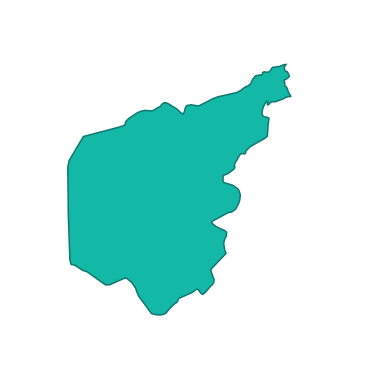 the border of Kerman, rotated 244°
{"feature_id": "IRN-3248", "entity_name": "Kerman", "entity_type": "Province", "adm_level": 1, "iso_a3": "IRN", "parent_name": "Iran", "parent_adm1": "", "projection": "natural_earth1", "projection_center": [57.389, 29.03], "detail": "fine", "context": "isolated", "style": "filled", "palette": "teal", "viewbox_px": 384, "rotation_deg": 244, "n_neighbors": 0, "source": "natural_earth", "source_scale": "10m", "svg_char_len": 2456}
<svg xmlns="http://www.w3.org/2000/svg" viewBox="0 0 384 384"><g transform="rotate(244 192 192)"><path d="M121.9,195.7L114.3,175.3L112.0,174.3L103.3,173.4L101.6,172.2L100.7,171.3L99.8,169.7L99.4,167.9L96.4,161.1L95.3,157.4L95.4,156.5L97.0,155.7L97.4,155.4L101.3,154.9L102.5,153.9L102.5,152.6L102.0,150.8L101.6,148.1L102.2,133.0L100.9,132.2L99.7,130.6L98.8,125.9L96.6,119.7L94.5,115.5L94.5,113.2L95.3,109.8L97.1,106.3L100.5,102.3L121.9,98.4L126.8,98.6L129.9,99.2L137.1,98.2L143.6,95.2L144.2,92.0L144.7,77.3L146.4,73.6L166.6,62.5L169.3,59.5L177.2,54.9L179.0,52.9L179.8,51.6L184.6,52.5L225.4,70.7L268.7,91.2L274.2,95.4L289.5,118.7L281.9,157.0L281.6,160.9L282.5,161.9L284.2,163.1L285.8,167.2L287.1,177.0L287.1,181.1L285.9,185.7L282.7,190.9L282.2,193.9L282.8,197.0L282.8,200.8L284.0,203.3L284.4,205.1L284.3,206.8L283.2,208.1L281.5,209.6L272.6,215.1L268.2,216.7L266.0,218.0L267.4,220.3L270.6,222.9L272.0,225.2L270.8,229.4L266.4,235.6L266.7,251.7L266.2,257.1L261.8,275.7L261.9,280.3L262.8,284.2L263.0,286.0L262.8,289.0L263.6,292.1L266.6,295.8L268.6,300.2L267.6,303.8L266.5,305.8L267.1,306.8L268.4,308.0L268.4,309.6L267.2,311.2L266.2,313.4L266.9,316.1L268.3,317.8L268.6,319.6L268.0,321.4L267.3,322.3L267.4,323.8L266.8,324.6L266.4,325.8L266.4,328.7L266.2,330.4L265.4,332.4L263.8,329.8L263.3,329.3L262.2,329.3L260.7,328.7L259.6,329.0L258.5,330.3L256.8,330.5L254.9,330.5L253.3,330.1L252.6,328.8L252.5,327.4L252.1,326.3L252.0,325.4L252.4,324.6L252.4,324.1L251.7,323.6L249.3,323.2L247.8,322.4L246.5,322.1L245.1,322.8L243.0,323.0L239.9,322.4L234.8,322.8L234.7,321.8L235.5,320.8L235.9,318.2L235.9,316.8L235.7,315.5L236.6,306.4L237.1,305.0L237.8,304.1L238.0,303.3L238.0,302.1L237.0,299.1L237.1,298.2L237.9,298.2L240.3,299.8L240.7,298.9L239.5,296.4L237.3,293.5L234.4,290.9L231.7,289.2L229.2,289.1L227.6,290.3L226.7,291.7L224.9,293.5L223.7,293.1L221.1,291.1L209.2,284.2L208.4,281.6L207.2,264.1L206.0,260.5L205.0,258.2L204.0,257.7L203.1,256.3L203.8,254.9L204.8,253.9L204.6,251.6L202.8,248.7L201.1,246.7L200.2,244.8L198.7,242.7L196.7,241.6L195.5,241.4L194.7,240.7L194.2,239.7L192.8,232.5L193.1,227.7L192.8,227.0L188.8,224.9L186.7,224.8L185.0,226.3L183.8,227.8L179.6,232.0L175.1,234.4L172.6,234.9L168.1,234.1L164.1,231.6L160.8,228.4L157.4,223.6L156.6,219.1L157.6,215.6L156.9,197.9L155.8,196.2L154.7,196.4L150.2,198.6L142.5,204.8L140.5,205.4L138.8,204.5L137.1,203.2L135.5,200.9L132.0,198.0L125.1,195.9L121.9,195.7Z" fill="#14b8a6" stroke="#0f766e" stroke-width="1.5"/></g></svg>